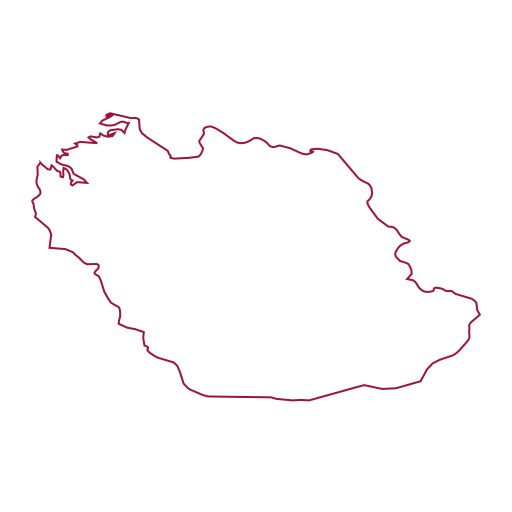 an SVG outline of Telemark, rotated 179°
{"feature_id": "NOR-922", "entity_name": "Telemark", "entity_type": "County", "adm_level": 1, "iso_a3": "NOR", "parent_name": "Norway", "parent_adm1": "", "projection": "natural_earth1", "projection_center": [8.804, 59.491], "detail": "fine", "context": "isolated", "style": "outline", "palette": "rose", "viewbox_px": 512, "rotation_deg": 179, "n_neighbors": 0, "source": "natural_earth", "source_scale": "10m", "svg_char_len": 4037}
<svg xmlns="http://www.w3.org/2000/svg" viewBox="0 0 512 512"><g transform="rotate(179 256 256)"><path d="M469.9,353.1L468.7,351.6L462.6,346.3L460.1,346.0L458.8,350.2L457.3,349.0L453.3,344.5L452.5,344.2L451.4,344.0L450.5,343.6L450.0,342.4L450.1,339.5L450.0,338.9L447.6,338.1L447.1,340.3L447.3,343.9L446.8,347.4L444.5,346.2L443.2,345.2L441.3,341.7L440.7,339.6L440.6,337.5L440.0,335.7L438.0,334.6L439.9,332.6L439.8,330.6L438.3,329.7L433.6,333.0L423.7,332.0L426.9,335.7L436.9,341.3L439.0,346.7L442.2,349.2L448.6,350.8L453.8,353.7L453.4,360.2L452.4,360.2L451.9,359.2L450.9,358.2L450.1,357.2L448.9,359.5L447.1,360.3L442.5,360.2L442.5,361.6L444.4,361.8L446.0,362.5L447.2,363.8L448.0,365.8L443.7,365.4L432.7,368.6L432.7,370.0L433.3,370.4L434.9,371.6L429.7,373.1L412.8,371.6L419.0,375.3L421.4,377.5L419.4,378.5L413.0,377.3L410.5,378.0L409.6,381.3L406.0,378.9L401.4,377.8L397.3,378.5L395.2,381.3L398.6,380.1L400.6,379.6L401.9,379.9L402.1,381.5L401.4,382.8L400.2,383.9L399.1,384.3L391.9,385.2L388.5,384.5L385.3,381.3L384.6,384.0L380.9,391.3L382.8,391.3L386.0,392.5L387.6,392.7L389.3,392.3L394.2,389.9L398.3,389.0L402.1,389.1L405.8,389.9L409.7,391.3L407.4,394.0L399.7,397.5L396.3,399.8L399.8,399.3L403.0,398.3L403.0,399.8L400.4,400.8L399.5,401.3L378.6,396.0L373.7,396.1L371.7,395.3L370.6,394.5L370.2,387.3L369.8,384.1L368.9,382.7L368.0,380.9L362.6,376.3L342.4,362.7L341.4,359.9L339.5,357.4L339.8,356.9L339.9,356.6L339.9,356.2L339.7,355.6L336.0,354.8L321.5,355.3L312.9,356.2L311.7,356.5L311.4,356.7L311.2,356.8L309.5,358.6L307.9,361.6L307.1,364.6L310.1,369.6L310.7,371.3L310.5,372.5L308.9,374.6L306.1,378.7L306.0,379.6L306.0,380.9L306.5,382.2L306.3,383.4L305.6,384.6L304.1,385.5L302.7,386.0L299.0,386.4L294.3,384.5L286.8,379.8L277.3,372.5L273.4,370.0L269.9,369.0L265.2,369.4L261.6,370.6L256.1,373.8L253.3,374.0L249.8,373.3L245.0,370.6L242.8,368.6L240.4,365.8L238.5,365.0L236.4,364.5L230.4,366.1L220.0,363.2L209.9,358.3L207.1,357.3L204.1,356.7L201.2,357.3L197.9,358.6L197.2,359.2L197.6,359.5L198.8,359.6L199.5,359.8L199.9,360.1L199.8,360.8L198.8,361.6L196.1,362.0L191.8,362.1L182.5,360.5L172.6,356.7L172.0,356.2L152.0,331.7L147.5,328.8L142.6,326.4L140.7,324.4L139.3,321.5L138.8,316.6L139.7,313.2L141.7,310.4L143.6,308.8L143.6,306.5L142.1,303.2L133.6,291.1L123.2,283.1L119.1,282.7L117.2,281.7L115.1,280.0L112.8,276.2L109.9,272.5L103.3,269.6L102.0,268.7L102.3,267.9L103.7,267.0L108.3,265.8L111.0,264.3L113.3,262.2L116.2,257.9L116.8,255.2L115.9,252.6L112.2,248.6L105.5,246.3L103.8,245.3L102.7,243.6L100.9,239.3L100.7,236.9L100.7,235.4L105.3,230.3L99.5,229.0L97.9,228.0L95.8,225.3L93.9,222.0L93.1,220.9L91.9,219.8L90.5,218.7L88.3,217.6L86.1,217.1L81.9,217.3L79.9,217.8L78.9,218.7L78.8,220.0L78.0,220.9L76.5,221.2L72.4,220.5L70.0,219.8L67.4,218.1L65.9,217.6L60.9,217.5L57.2,214.6L41.4,209.6L38.8,207.9L36.5,205.4L35.7,197.9L33.2,193.4L42.4,185.8L43.2,184.6L44.1,183.0L43.9,180.0L44.2,176.6L44.0,171.0L44.8,169.0L46.8,166.3L54.3,158.1L57.4,155.4L60.7,153.3L74.4,148.9L81.2,145.6L87.0,139.7L93.6,127.9L118.5,121.3L132.2,120.9L150.1,125.0L160.5,122.4L205.5,110.7L213.3,111.3L222.1,111.0L238.2,112.8L243.2,114.4L306.4,116.4L312.1,118.1L324.4,123.7L326.5,125.2L330.6,129.7L334.2,141.8L336.7,147.7L340.4,151.1L355.8,156.0L359.1,157.7L364.2,161.3L365.8,163.1L366.3,164.5L365.6,165.4L365.6,166.5L366.3,167.2L369.1,168.5L370.2,176.0L369.5,181.9L378.6,185.1L386.1,186.6L394.5,190.6L394.1,193.9L392.9,197.8L392.8,202.0L393.2,205.3L394.2,207.2L396.0,208.4L398.4,209.6L401.8,211.9L404.6,216.0L408.3,222.9L411.6,234.2L413.5,238.4L417.4,240.9L417.8,242.1L416.7,243.7L414.5,245.8L413.4,247.6L413.5,249.3L413.9,250.1L415.9,250.8L424.8,250.7L426.6,251.5L428.7,252.8L432.3,256.7L437.0,260.7L438.7,262.8L446.3,266.2L462.3,267.8L460.4,280.8L461.7,285.0L463.2,287.5L476.2,298.9L475.3,301.7L475.3,302.6L477.0,307.1L477.5,311.6L478.8,314.7L478.4,315.7L476.4,317.4L473.9,318.8L471.9,320.4L470.6,322.0L470.4,323.4L470.8,325.7L472.7,328.8L473.9,331.7L474.3,334.5L473.5,338.5L472.8,341.2L473.0,349.2L469.9,353.0L469.9,353.1Z" fill="none" stroke="#9f1239" stroke-width="2"/></g></svg>